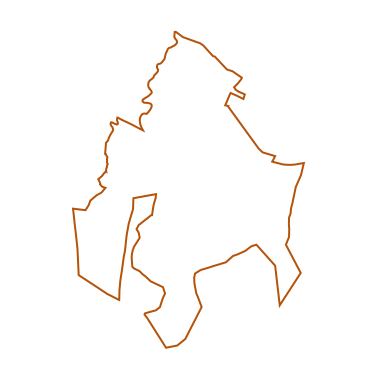 San Dionisio Ocotlán, Oaxaca, Mexico (Robinson projection), rotated 96°
{"feature_id": "50627088B55356833838726", "entity_name": "San Dionisio Ocotlán", "entity_type": "district", "adm_level": 2, "iso_a3": "MEX", "parent_name": "Mexico", "parent_adm1": "Oaxaca", "projection": "robinson", "projection_center": [-96.667, 16.751], "detail": "fine", "context": "isolated", "style": "outline", "palette": "amber", "viewbox_px": 384, "rotation_deg": 96, "n_neighbors": 0, "source": "geoboundaries", "source_scale": "gbopen_adm2", "svg_char_len": 3791}
<svg xmlns="http://www.w3.org/2000/svg" viewBox="0 0 384 384"><g transform="rotate(96 192 192)"><path d="M286.5,296.0L295.8,278.0L297.6,274.5L301.4,267.2L301.6,266.9L302.3,265.5L304.0,260.9L305.2,257.8L306.9,253.5L307.0,253.1L297.0,253.9L287.5,254.0L277.0,253.5L267.6,253.2L265.1,253.1L263.4,253.1L257.4,252.5L256.1,252.5L249.5,252.5L246.0,252.5L242.7,252.5L240.8,252.4L229.9,251.6L218.0,249.4L216.3,249.0L215.7,249.0L214.6,248.9L204.3,249.6L197.9,227.6L201.8,227.5L205.2,228.2L209.1,228.8L209.8,228.9L213.5,229.1L218.9,229.3L218.8,229.6L227.9,238.9L229.4,240.4L230.2,241.4L234.7,243.3L238.0,240.8L242.6,239.3L243.3,239.4L243.8,239.6L250.8,243.1L251.8,243.6L253.1,244.2L254.2,244.3L255.4,244.7L256.8,245.0L258.1,245.0L259.1,245.2L263.3,245.2L269.4,244.1L272.7,243.5L274.3,241.2L275.3,238.4L275.4,238.0L276.1,236.2L276.6,235.3L277.5,234.3L278.2,233.5L279.5,231.7L280.5,229.8L285.2,223.7L289.7,210.9L295.8,208.2L300.3,209.8L304.7,210.8L309.8,211.8L313.4,215.5L317.5,225.9L318.9,226.4L322.0,223.4L345.5,204.8L349.6,201.5L346.2,190.6L338.9,183.3L305.4,170.4L300.9,172.6L295.8,175.2L292.2,177.2L287.4,178.6L282.8,180.0L276.8,180.9L272.7,180.4L268.6,175.1L266.3,169.4L263.5,163.2L260.9,156.9L258.4,151.0L254.9,147.8L251.3,144.5L249.6,140.8L246.7,135.7L244.9,132.7L242.1,129.8L239.6,127.1L237.7,122.4L256.6,101.6L295.5,92.9L261.1,75.4L250.2,82.7L234.6,93.1L226.6,90.8L218.9,91.4L213.7,92.3L207.2,92.8L203.1,91.7L197.9,91.8L192.9,91.0L176.1,89.3L163.6,85.3L161.7,85.1L151.5,83.8L154.0,92.7L154.3,94.4L154.7,96.8L155.0,100.3L155.1,104.3L154.2,110.5L153.4,115.4L151.6,114.6L147.6,113.1L145.2,125.9L141.7,130.4L103.2,165.0L102.7,164.9L102.3,168.0L100.4,167.4L90.2,164.3L89.5,163.8L90.0,162.4L91.4,157.9L94.1,150.6L89.4,149.7L87.2,156.5L86.7,157.2L86.4,158.0L85.9,159.0L83.4,161.1L79.8,158.1L75.9,155.6L73.9,154.5L73.1,154.4L69.7,160.7L67.7,164.3L66.5,170.1L57.5,180.5L54.9,183.5L54.7,185.3L45.0,196.2L43.3,199.3L39.1,216.5L39.0,217.0L34.9,224.0L34.4,225.0L34.6,225.9L37.0,225.9L39.7,225.8L41.6,224.4L42.8,223.2L43.8,222.6L45.2,222.7L45.8,222.8L47.3,223.9L47.9,224.7L48.1,224.8L48.7,225.5L49.3,226.8L50.2,227.6L51.2,230.0L52.4,231.0L54.1,231.5L56.6,232.4L59.5,232.9L62.6,233.2L63.6,233.9L64.8,234.6L66.2,235.6L66.9,236.1L67.8,237.3L68.1,238.5L68.9,239.6L70.2,240.0L71.7,239.9L72.8,239.3L74.0,238.5L75.2,238.5L76.8,239.2L77.7,239.9L79.9,241.7L81.2,242.1L82.2,242.3L83.8,243.8L85.3,245.4L86.4,246.2L87.9,246.7L89.9,246.8L92.0,246.3L93.7,245.1L94.6,244.0L96.2,242.8L97.2,242.4L98.1,242.7L99.7,244.1L101.1,245.3L103.8,248.8L105.4,250.7L107.2,250.6L108.2,249.0L108.0,245.3L108.5,242.4L109.9,241.1L112.0,241.2L113.9,241.9L116.7,243.5L119.0,245.2L118.9,247.0L119.2,248.3L119.3,249.0L120.3,250.0L121.9,250.9L123.7,251.4L125.5,251.5L127.6,251.2L128.5,250.8L129.2,250.8L130.0,250.6L130.9,250.1L132.6,249.3L135.8,247.2L134.0,252.0L131.7,257.6L131.4,258.5L130.8,260.0L128.2,267.5L127.1,270.5L125.8,273.5L125.8,273.8L125.8,274.0L126.4,274.1L128.4,274.1L131.1,272.9L131.9,272.9L132.4,273.1L132.7,273.6L132.4,275.2L132.2,276.2L131.4,278.1L131.0,279.2L131.2,279.8L132.2,280.1L133.1,280.1L134.7,279.1L135.8,278.0L138.0,277.0L139.6,277.2L143.3,279.0L144.7,279.6L148.0,280.7L149.4,280.8L152.1,282.7L153.7,282.6L163.2,282.4L163.3,281.7L164.9,280.9L166.1,279.8L168.2,280.0L170.5,279.6L171.5,279.7L173.0,278.7L173.9,279.1L174.8,279.3L175.9,279.2L176.7,279.4L177.6,279.7L178.7,279.6L179.8,279.9L180.9,279.4L180.7,280.1L181.6,280.6L183.2,281.9L185.0,282.8L186.6,284.2L188.2,285.7L189.1,286.6L190.3,285.7L192.9,284.2L194.0,284.3L196.2,281.7L196.9,278.5L202.1,282.0L205.2,286.5L211.2,292.2L216.0,293.4L221.2,296.0L221.1,303.4L221.0,308.6L225.4,307.6L226.4,307.4L231.0,306.4L232.7,306.0L234.8,305.6L241.9,304.0L244.5,303.4L247.7,302.7L260.7,299.9L260.9,299.9L286.5,296.0Z" fill="none" stroke="#b45309" stroke-width="2"/></g></svg>